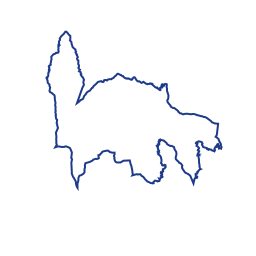 Primavera do Leste, Mato Grosso, Brazil (Natural Earth projection), rotated 288°
{"feature_id": "56859067B43692154128768", "entity_name": "Primavera do Leste", "entity_type": "district", "adm_level": 2, "iso_a3": "BRA", "parent_name": "Brazil", "parent_adm1": "Mato Grosso", "projection": "natural_earth1", "projection_center": [-54.218, -15.14], "detail": "fine", "context": "isolated", "style": "outline", "palette": "blue", "viewbox_px": 256, "rotation_deg": 288, "n_neighbors": 0, "source": "geoboundaries", "source_scale": "gbopen_adm2", "svg_char_len": 5887}
<svg xmlns="http://www.w3.org/2000/svg" viewBox="0 0 256 256"><g transform="rotate(288 128 128)"><path d="M82.7,166.7L83.1,169.1L83.4,169.4L84.2,168.8L86.3,169.9L86.6,172.1L86.3,172.5L87.3,174.2L88.5,174.2L89.4,173.3L89.4,173.9L90.2,174.5L90.9,174.4L92.0,175.9L92.5,175.8L92.9,175.2L92.9,174.1L93.4,174.2L93.7,174.7L94.7,174.8L95.1,174.1L95.2,173.2L96.0,173.0L96.1,174.2L96.7,174.4L97.0,173.8L97.7,174.1L97.9,174.7L99.6,173.9L100.7,175.2L102.6,175.9L104.1,175.1L103.6,174.6L104.1,173.9L103.2,173.1L103.0,172.3L103.2,171.9L104.1,171.5L104.8,170.2L106.5,170.2L108.1,169.7L110.7,168.1L111.9,166.5L112.2,165.1L112.9,165.3L113.3,164.8L113.6,164.0L114.4,164.1L114.9,164.9L115.3,164.6L115.3,163.9L116.1,164.4L116.7,163.3L117.6,163.1L118.3,162.3L119.1,162.3L119.9,160.9L120.3,161.2L120.3,162.0L121.7,161.4L121.9,161.8L121.6,162.4L121.9,162.8L123.1,162.4L124.3,161.3L124.9,161.4L124.6,162.0L125.1,162.5L126.3,162.5L126.7,161.8L127.1,162.3L126.8,162.8L127.1,165.9L125.6,169.4L124.8,170.1L124.3,171.8L124.0,173.8L124.5,175.2L124.0,177.8L122.4,178.6L120.1,181.3L118.0,182.2L114.4,182.5L113.1,183.2L111.9,185.5L111.7,186.4L110.8,187.2L110.6,189.1L109.7,190.5L109.0,191.3L107.6,191.3L107.1,191.8L106.4,192.0L103.6,195.6L103.2,196.5L102.8,199.4L102.2,201.2L101.6,202.2L95.5,207.4L99.8,207.0L101.0,207.3L101.3,207.9L102.1,207.6L102.5,208.2L102.3,209.0L103.0,209.0L103.3,208.4L103.1,207.3L105.2,206.5L105.7,207.0L105.8,207.7L107.1,208.0L107.6,207.5L108.4,208.2L108.9,208.1L110.8,209.1L111.4,209.8L111.5,209.2L113.5,207.8L114.1,207.8L117.4,206.1L119.5,205.5L123.6,203.3L124.4,203.1L124.4,204.0L124.8,203.7L125.1,202.7L125.7,202.4L127.6,203.0L128.0,202.8L128.3,201.3L128.9,201.2L130.1,201.8L130.9,201.8L132.2,199.5L132.2,198.7L133.2,198.5L134.2,198.9L134.5,197.3L135.0,197.3L135.7,197.6L136.1,198.7L136.7,198.8L137.2,199.4L137.4,201.7L137.2,202.8L136.2,203.7L135.4,203.4L134.9,203.5L134.3,204.4L133.3,205.1L133.1,205.6L133.3,209.2L133.0,209.8L132.4,209.8L132.2,211.3L133.0,211.5L132.9,212.9L133.2,213.5L132.6,214.9L132.7,216.2L132.5,217.4L133.9,217.6L134.7,216.7L135.2,216.6L137.3,217.1L137.3,218.4L138.1,218.5L138.7,217.8L140.1,218.0L140.6,218.6L140.0,219.2L138.5,220.3L136.6,220.9L137.3,222.1L137.1,222.9L138.8,222.9L140.1,221.6L141.3,221.4L142.1,220.6L143.1,219.4L145.5,217.4L146.4,215.6L146.7,214.1L148.9,214.6L159.9,212.4L159.2,209.5L159.4,206.0L160.3,204.7L162.0,199.5L162.2,198.1L161.9,196.4L162.1,194.5L161.8,193.9L161.8,190.4L161.5,189.9L161.8,188.3L161.6,185.9L160.5,183.6L159.8,179.6L158.9,177.5L158.0,176.2L158.3,173.9L158.0,172.8L158.8,171.6L159.0,170.7L159.7,170.3L161.3,165.9L161.0,164.2L161.3,162.7L161.9,161.7L162.5,161.5L163.9,159.0L165.0,157.6L166.4,156.8L168.3,157.2L171.5,156.4L175.6,153.5L177.8,152.8L179.0,151.9L179.6,152.0L181.5,151.4L181.6,150.4L181.0,149.3L179.3,149.2L179.1,148.7L180.3,147.5L180.2,147.0L179.8,146.8L177.9,146.8L177.6,148.1L177.1,148.0L176.1,146.2L174.6,146.7L174.3,147.1L173.9,146.8L174.3,145.1L175.4,143.5L175.0,143.1L175.4,142.7L175.1,141.6L176.7,137.9L177.1,137.8L177.0,137.0L177.5,137.0L177.3,135.6L177.0,134.9L176.5,134.7L176.1,133.4L175.6,132.9L175.8,131.0L176.7,128.4L175.2,127.2L175.1,126.6L175.9,124.5L175.8,123.9L175.4,123.3L175.4,122.7L176.1,121.3L178.2,118.9L178.1,118.0L176.4,116.9L175.6,117.1L174.8,116.2L175.3,113.7L175.2,112.9L174.8,112.7L174.9,111.6L174.5,111.2L174.6,109.8L175.2,108.0L175.8,107.4L175.6,106.6L176.2,105.0L176.0,104.5L176.3,103.9L176.5,101.6L175.6,100.8L174.4,100.5L172.7,99.3L171.1,98.7L169.9,97.3L169.3,97.2L168.8,95.5L167.7,93.7L166.7,93.3L166.8,92.0L166.2,90.6L165.6,90.4L164.7,90.6L164.2,90.3L163.8,89.3L164.3,88.0L162.5,85.2L160.0,84.0L157.1,82.3L155.3,81.9L155.0,81.4L151.6,80.1L150.2,78.6L148.7,77.7L147.6,77.6L144.5,76.3L143.0,76.4L141.6,76.1L139.7,74.2L138.2,73.5L135.8,71.8L152.5,72.2L155.0,72.7L155.6,72.7L157.2,71.6L158.6,71.2L160.2,71.3L162.4,69.2L162.7,68.2L164.1,66.6L164.8,66.9L165.1,66.3L166.5,65.7L166.8,63.9L168.6,64.3L168.7,63.7L169.6,62.4L170.2,62.2L170.8,62.5L172.0,62.1L172.7,61.8L173.3,61.0L176.9,59.9L177.3,58.7L178.5,58.0L179.7,58.4L180.3,58.1L181.7,56.5L182.1,56.7L183.6,54.8L184.5,55.0L185.2,54.2L186.3,53.9L187.7,50.5L190.7,48.3L192.3,47.6L193.4,45.7L194.7,45.7L197.7,44.7L198.6,42.7L200.2,40.4L200.5,39.2L200.3,38.7L197.3,37.7L194.8,36.2L192.0,35.4L190.8,36.1L188.9,35.6L186.4,36.6L186.0,36.1L185.3,36.2L185.3,37.2L183.8,36.6L182.0,37.4L180.9,37.5L179.4,38.4L178.2,38.4L177.7,37.3L177.3,37.1L177.3,36.3L175.7,35.4L175.2,34.4L172.4,33.1L171.7,33.1L170.2,33.9L165.2,34.5L164.3,35.0L162.9,33.8L162.2,33.6L161.5,34.4L161.0,34.3L159.3,35.3L159.1,34.7L158.6,34.8L157.7,35.5L157.1,35.6L156.4,35.1L152.3,36.1L151.0,35.0L150.4,35.0L150.0,36.0L149.0,36.1L148.0,37.0L146.3,37.6L145.0,39.9L143.6,40.4L142.6,41.4L138.9,41.9L138.1,42.8L137.8,44.5L136.4,47.9L135.5,48.5L132.3,49.7L129.7,51.2L126.8,51.8L126.0,52.5L122.8,53.4L121.9,54.0L120.7,54.0L118.0,55.5L117.6,55.3L114.6,56.8L113.8,58.1L110.4,58.7L109.5,59.6L108.5,59.9L106.4,61.4L101.3,60.9L97.6,62.6L94.4,63.4L93.3,64.1L91.7,64.3L90.2,65.4L87.2,64.8L89.0,67.3L89.4,70.5L90.3,73.2L91.0,73.9L91.4,75.2L91.1,78.7L90.5,79.5L87.4,82.2L81.9,83.3L81.1,84.4L77.3,84.9L68.7,88.2L67.3,88.6L64.5,90.9L64.1,91.6L61.1,94.8L58.3,96.1L56.2,97.6L55.5,98.5L59.5,97.1L62.2,97.1L65.3,96.3L67.1,96.4L67.7,96.6L68.7,98.1L71.0,99.9L72.7,100.3L75.5,99.3L77.1,99.3L79.3,98.5L81.4,98.4L83.8,102.0L86.1,104.3L87.2,104.8L88.6,106.6L89.0,108.2L89.9,109.3L90.3,109.6L92.9,108.2L94.1,109.8L94.9,109.8L96.0,110.6L97.2,110.8L98.2,111.8L100.1,115.2L100.1,115.9L100.3,116.5L99.5,118.1L99.7,120.8L100.4,122.8L98.7,123.4L97.2,123.2L95.5,124.4L94.7,124.4L92.4,126.0L91.8,127.4L91.8,128.0L92.9,131.5L95.5,133.8L97.7,139.7L94.5,141.6L93.3,142.7L88.6,145.4L87.5,145.7L85.4,147.0L84.3,146.8L86.7,150.4L86.8,151.7L87.8,153.7L87.6,154.5L86.7,155.6L86.3,157.6L84.6,160.0L83.2,162.7L82.7,166.7ZM124.4,203.1L123.7,202.4L124.2,202.3L124.4,203.1Z" fill="none" stroke="#1e3a8a" stroke-width="2"/></g></svg>